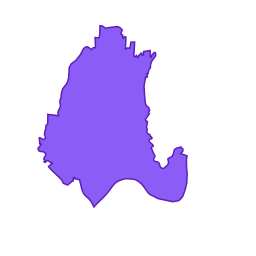 the district of Vinh, Nghệ An, Vietnam, rotated 27°
{"feature_id": "81297802B9978574523269", "entity_name": "Vinh", "entity_type": "district", "adm_level": 2, "iso_a3": "VNM", "parent_name": "Vietnam", "parent_adm1": "Nghệ An", "projection": "robinson", "projection_center": [105.69, 18.704], "detail": "fine", "context": "isolated", "style": "filled", "palette": "violet", "viewbox_px": 256, "rotation_deg": 27, "n_neighbors": 0, "source": "geoboundaries", "source_scale": "gbopen_adm2", "svg_char_len": 4860}
<svg xmlns="http://www.w3.org/2000/svg" viewBox="0 0 256 256"><g transform="rotate(27 128 128)"><path d="M133.6,213.8L133.9,212.2L134.6,209.7L135.3,207.6L135.4,207.3L135.9,205.8L136.6,203.8L137.2,202.2L137.5,201.1L138.0,199.7L138.3,198.2L138.9,196.3L139.4,194.0L139.8,191.5L140.2,189.5L140.6,186.9L141.0,185.1L141.6,183.1L142.2,181.7L142.9,180.5L143.7,179.4L145.8,177.1L148.1,174.8L149.8,173.8L152.1,172.8L154.3,171.9L156.9,170.9L158.6,170.7L160.5,170.8L162.8,171.1L165.1,171.6L166.9,172.3L169.1,173.3L171.1,174.4L173.5,175.7L175.7,176.8L178.0,177.3L179.6,177.3L181.7,177.1L184.1,177.3L186.6,177.3L187.4,177.1L201.0,173.5L201.6,173.1L206.2,169.7L207.5,166.0L207.8,163.7L206.9,156.8L205.2,149.8L205.1,149.7L202.8,144.9L202.6,144.4L201.3,141.6L198.2,136.7L194.5,129.9L193.3,126.0L190.5,126.4L186.7,126.9L187.3,124.2L187.3,123.4L186.2,121.6L185.8,121.7L185.1,121.7L184.7,121.6L184.2,121.2L183.8,120.8L182.2,122.4L180.7,123.7L179.8,124.8L179.4,125.9L179.2,126.6L179.5,127.7L179.9,129.3L180.1,130.7L180.2,132.3L180.0,133.5L179.2,134.7L178.1,136.2L177.5,137.5L178.4,138.5L179.3,139.7L179.9,140.7L180.1,141.8L180.1,143.0L180.0,143.6L179.3,144.8L179.0,145.5L178.9,146.3L178.6,147.0L178.0,147.7L177.2,148.2L176.2,148.5L175.0,148.2L173.9,147.6L172.9,146.4L171.9,145.4L171.0,145.0L169.9,144.8L168.7,145.0L167.7,145.4L166.8,145.5L166.0,145.3L165.1,144.4L164.8,143.7L165.0,142.5L165.0,141.5L164.6,140.7L163.9,140.0L162.8,139.2L161.6,138.4L159.6,136.7L158.3,135.6L157.8,134.8L157.7,134.3L157.9,133.8L158.4,133.4L158.7,132.8L158.5,132.3L157.8,131.8L156.9,131.5L155.1,131.1L154.2,130.9L153.3,130.4L152.7,129.7L152.4,129.2L152.4,128.5L152.8,127.9L153.6,127.2L154.0,126.7L154.0,126.0L153.5,125.7L152.8,125.3L152.0,125.3L151.5,125.0L151.1,124.5L150.7,124.1L149.8,124.0L148.3,124.1L147.7,123.9L147.0,123.4L146.6,122.9L146.3,122.1L146.0,121.1L145.5,120.2L144.0,118.8L143.1,115.2L142.8,114.4L142.6,113.7L142.0,113.4L141.5,113.4L141.0,113.9L139.6,112.4L140.1,108.7L140.6,105.6L139.2,105.0L139.3,102.4L136.9,100.2L134.4,100.0L132.0,97.8L128.3,92.0L123.2,83.2L121.9,79.3L121.6,78.5L121.5,77.6L121.5,77.1L120.5,75.3L120.5,75.0L120.6,74.7L121.0,74.5L121.5,74.5L121.7,74.4L121.9,74.0L122.0,73.6L122.0,73.3L121.8,72.9L120.4,71.9L120.0,71.5L120.0,71.3L120.2,71.0L120.9,70.8L121.2,70.5L121.0,69.9L120.4,67.6L120.3,66.9L120.2,66.1L120.4,65.1L120.6,64.3L120.5,63.8L119.7,62.4L119.2,60.6L119.0,58.6L118.9,57.2L119.3,54.7L119.6,52.8L119.7,52.2L119.8,51.2L119.5,50.3L118.7,49.0L118.0,48.5L117.5,48.5L117.2,48.7L116.9,49.3L116.7,50.3L116.3,52.0L116.3,52.4L116.4,54.6L116.2,54.7L115.9,54.6L115.3,53.6L112.5,48.9L107.2,52.8L108.6,55.8L107.4,56.8L106.4,55.4L106.0,55.1L105.8,55.2L104.8,58.3L104.7,58.9L104.6,59.4L104.8,60.4L104.8,60.6L104.6,60.8L104.4,60.7L102.9,59.6L102.7,59.5L102.4,60.1L102.0,61.2L101.6,61.5L101.3,61.6L100.9,61.4L100.2,60.4L94.9,48.4L91.7,50.1L93.3,55.7L93.4,56.0L93.2,56.3L91.5,56.7L91.0,57.2L89.8,58.7L86.6,51.6L84.9,48.0L84.6,47.8L84.2,47.8L83.8,48.2L83.5,48.7L83.4,49.5L83.3,49.9L83.0,50.3L82.6,50.2L82.3,49.6L81.5,48.2L81.1,47.8L80.8,47.6L79.4,47.6L78.9,47.4L78.8,47.1L78.5,43.9L78.5,43.3L78.4,43.2L76.7,42.7L75.5,42.3L73.9,42.2L72.5,42.4L70.8,43.5L62.8,49.1L62.5,49.2L61.7,49.2L59.5,48.8L58.0,48.9L56.6,49.7L60.4,57.5L60.9,59.4L61.2,61.0L57.6,62.3L61.3,68.9L62.4,71.3L60.6,72.3L60.3,72.7L60.1,74.7L55.6,74.0L54.8,74.1L54.3,74.4L53.6,75.1L52.7,76.4L52.3,78.0L52.3,84.3L51.5,88.3L50.8,91.5L49.1,95.0L48.3,96.6L48.2,98.1L48.2,99.3L48.2,101.0L50.2,105.3L52.1,109.9L52.5,111.1L52.9,112.8L53.2,114.1L53.2,114.3L53.2,115.4L53.1,117.6L52.5,119.8L52.0,123.2L52.4,124.7L52.8,126.5L53.1,128.0L53.6,129.0L54.1,130.1L54.5,131.5L54.7,132.9L54.9,134.3L55.3,135.5L56.5,137.2L57.6,138.6L58.0,139.6L58.1,140.7L58.1,143.7L58.3,145.1L58.5,146.0L59.4,147.5L60.6,148.7L58.4,149.3L50.7,152.2L50.4,152.2L53.5,158.6L54.3,160.1L54.3,160.5L54.4,161.5L54.3,162.0L53.9,162.6L53.8,162.9L53.9,163.4L55.0,166.0L55.2,167.4L56.0,170.8L56.6,171.8L57.3,172.4L58.6,173.6L58.8,173.9L58.7,174.3L58.8,175.1L58.6,175.9L58.3,176.4L57.8,176.7L57.4,176.7L53.8,176.6L53.5,176.8L53.4,177.1L53.5,177.4L56.1,181.3L56.4,182.2L56.6,182.2L57.2,181.8L57.6,181.6L58.0,181.8L58.1,182.1L57.8,183.8L57.1,186.6L57.2,187.1L57.2,187.3L57.7,187.8L59.5,188.9L60.6,188.7L62.5,187.9L63.9,187.6L65.8,188.0L66.7,188.8L67.0,189.6L66.9,190.9L66.8,192.5L66.8,193.5L67.0,193.9L67.4,193.9L68.2,194.3L68.6,194.8L68.5,195.6L68.5,196.2L68.7,196.4L69.4,196.1L70.2,195.8L70.3,195.3L70.2,194.8L70.4,194.2L70.7,193.8L71.3,193.6L72.4,193.5L73.5,193.4L74.2,193.9L74.7,194.1L75.0,194.1L76.1,193.4L76.5,193.5L76.6,193.8L76.7,194.1L74.6,198.3L75.5,198.9L78.5,200.0L92.4,204.3L95.4,206.6L100.0,206.3L102.8,200.2L103.2,200.0L101.8,197.1L102.9,196.2L103.6,197.4L107.1,196.4L108.2,196.0L114.9,203.8L117.1,205.7L119.2,207.1L121.9,208.0L125.7,209.0L128.4,210.3L129.0,210.6L132.0,212.7L133.6,213.8Z" fill="#8b5cf6" stroke="#5b21b6" stroke-width="1.5"/></g></svg>